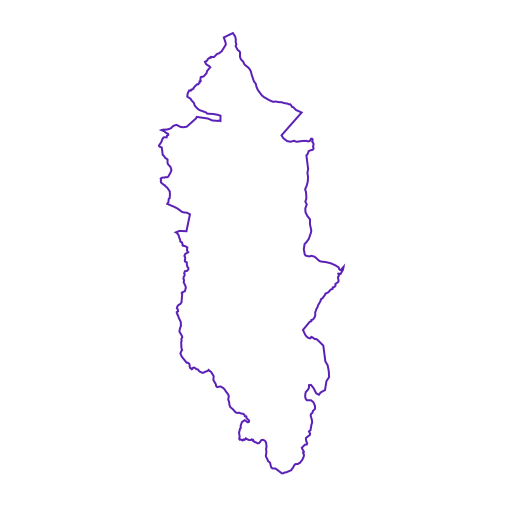 outline of Tatatila, Veracruz, Mexico, rotated 135°
{"feature_id": "50627088B81472042875612", "entity_name": "Tatatila", "entity_type": "district", "adm_level": 2, "iso_a3": "MEX", "parent_name": "Mexico", "parent_adm1": "Veracruz", "projection": "natural_earth1", "projection_center": [-97.084, 19.713], "detail": "fine", "context": "isolated", "style": "outline", "palette": "violet", "viewbox_px": 512, "rotation_deg": 135, "n_neighbors": 0, "source": "geoboundaries", "source_scale": "gbopen_adm2", "svg_char_len": 6129}
<svg xmlns="http://www.w3.org/2000/svg" viewBox="0 0 512 512"><g transform="rotate(135 256 256)"><path d="M201.8,186.4L206.0,186.1L206.4,186.6L206.4,188.0L205.6,189.5L206.4,193.0L208.2,197.8L210.9,202.3L213.4,205.4L214.7,207.5L215.0,213.5L215.5,214.9L216.8,217.1L218.4,217.8L219.3,219.0L220.6,221.2L220.4,222.7L217.4,227.0L213.2,230.1L210.7,230.1L206.5,230.8L200.6,233.7L199.0,234.8L195.3,240.4L191.9,243.7L191.4,248.0L190.1,251.9L187.5,254.8L183.7,256.5L182.6,259.6L179.9,260.9L177.7,263.2L175.4,266.0L174.0,268.5L170.4,269.9L166.7,272.1L163.2,275.2L161.0,278.3L157.6,280.7L149.2,291.5L147.8,291.5L144.6,292.9L142.3,292.0L141.1,291.2L139.8,291.0L138.7,292.0L138.3,293.1L136.5,294.1L135.8,295.0L135.4,297.1L134.6,297.4L133.4,298.7L133.5,299.5L134.1,300.0L136.5,299.3L138.1,300.1L138.9,301.7L141.8,304.5L146.6,308.1L147.6,310.5L150.9,312.5L152.7,315.1L153.4,319.9L152.6,323.3L122.3,325.2L124.5,331.0L124.4,334.7L125.1,335.8L124.6,337.7L124.5,339.0L125.4,339.9L126.0,341.5L127.9,344.1L129.3,346.9L130.3,347.7L133.1,351.6L134.8,352.8L136.3,356.4L138.0,362.6L138.3,365.5L137.3,372.1L136.1,375.2L134.4,377.9L134.0,380.9L130.9,387.2L129.3,389.8L128.4,392.3L128.2,394.8L128.7,398.8L128.5,400.4L127.6,402.6L127.7,404.3L127.4,406.4L126.3,408.4L123.2,411.3L123.0,413.3L123.3,414.4L122.0,418.8L120.3,419.5L119.0,421.7L117.0,423.6L115.6,425.8L114.7,430.0L124.2,433.3L126.7,428.3L127.9,426.8L135.6,425.0L139.3,425.6L140.5,426.4L145.1,426.4L147.2,428.8L148.0,428.2L148.8,429.0L151.0,429.3L152.3,428.7L154.8,429.4L155.6,426.9L155.4,425.4L154.8,423.5L154.9,421.8L159.7,421.4L161.9,420.2L166.1,420.0L167.4,420.7L167.9,421.4L168.7,421.5L170.6,420.1L171.4,418.8L172.4,419.4L173.2,418.4L174.2,418.6L174.8,418.3L175.5,418.3L176.0,419.0L178.9,419.2L181.5,418.9L182.1,418.5L184.2,419.4L184.6,418.9L185.3,419.1L186.2,420.3L188.8,419.5L190.2,418.7L191.9,417.2L191.1,413.4L191.5,412.0L191.7,408.1L193.0,405.6L193.2,401.7L192.8,399.2L189.9,393.0L189.8,391.1L185.7,386.5L183.1,382.7L181.9,380.3L185.7,376.6L186.5,378.0L187.2,378.2L191.1,382.8L192.8,387.2L199.5,396.2L201.3,395.7L213.5,396.4L216.1,398.2L218.0,400.4L219.5,404.9L221.0,405.8L222.8,406.5L225.6,406.5L227.3,407.1L229.4,408.3L232.6,411.2L233.8,411.8L232.7,409.1L232.5,406.7L231.8,404.6L232.1,403.9L232.6,403.6L233.9,404.0L235.3,403.1L237.1,405.0L237.8,405.2L239.7,404.8L242.4,403.5L246.2,402.8L246.8,402.4L246.9,401.5L245.9,399.4L250.5,393.4L250.3,392.3L250.8,389.8L250.3,386.8L252.8,384.3L253.4,382.8L253.4,380.0L253.8,378.7L255.1,376.5L257.6,375.4L261.4,374.3L262.4,374.2L263.4,374.7L264.2,375.7L265.3,376.2L266.2,377.2L267.6,378.0L268.7,378.1L269.6,376.6L270.4,376.3L271.2,375.1L270.9,371.6L270.5,370.5L270.7,370.0L270.5,366.9L271.3,362.7L273.5,360.2L276.2,357.9L277.3,358.1L279.8,356.1L281.9,355.6L279.0,348.4L277.9,344.9L277.1,339.4L276.1,337.7L274.3,335.6L273.2,332.2L287.7,322.7L292.3,327.8L296.0,329.4L295.6,327.6L296.1,325.3L297.1,323.7L298.2,321.1L299.3,319.7L298.7,318.0L299.3,317.2L299.6,316.0L300.4,315.5L300.4,314.7L299.7,314.0L299.1,313.0L298.5,310.6L300.8,308.9L301.3,306.6L304.5,307.5L306.6,306.7L307.0,305.3L307.9,304.2L309.7,303.0L310.1,302.2L309.4,300.5L311.1,298.6L312.1,297.1L312.2,295.6L313.3,294.4L315.1,294.2L317.1,295.5L319.0,294.6L319.3,293.5L320.4,292.7L322.0,292.3L323.4,291.2L324.0,289.7L325.7,288.6L327.1,284.7L328.0,283.2L331.2,281.4L333.8,282.5L334.7,282.4L334.8,281.5L341.5,275.9L343.3,275.6L345.9,276.2L347.6,275.8L348.9,275.0L349.0,273.7L350.2,272.0L351.7,272.4L352.4,271.6L352.7,270.1L353.2,269.8L353.5,268.2L354.2,267.3L355.7,262.8L358.3,259.8L361.4,258.3L363.6,256.7L364.8,252.2L365.5,250.7L367.3,250.2L368.8,248.4L369.7,248.1L373.7,243.8L374.8,241.7L376.2,241.5L378.3,240.6L379.7,237.3L380.5,229.5L379.7,228.8L379.4,227.2L380.0,225.8L381.1,224.8L381.8,223.3L381.4,222.5L381.6,221.4L380.9,221.1L380.0,221.6L378.7,221.0L378.2,219.4L378.2,218.1L377.3,216.8L377.6,214.5L376.6,211.4L375.5,210.5L374.5,210.4L371.2,208.8L370.1,209.0L369.8,205.5L370.9,200.9L373.8,198.5L375.1,193.7L376.1,192.4L376.2,190.8L373.4,188.9L372.6,186.2L372.5,184.0L373.1,181.3L373.4,178.5L374.3,176.1L377.1,174.2L378.2,171.9L380.2,169.3L381.0,167.4L380.7,163.8L381.0,159.9L380.2,158.2L378.8,157.2L378.0,155.3L376.8,153.7L376.4,152.1L377.2,150.6L376.3,149.4L377.4,147.9L377.2,146.3L377.3,144.4L378.5,143.7L379.4,144.2L380.1,147.9L383.3,148.5L386.8,146.9L388.5,145.1L389.4,145.2L393.0,143.0L395.3,139.8L397.1,138.7L397.3,137.4L396.5,137.1L395.9,135.1L395.2,135.3L394.4,135.0L394.4,134.3L393.2,133.9L392.2,134.3L391.6,132.0L390.8,130.5L389.5,129.4L388.7,129.4L388.1,128.2L388.8,127.9L388.9,127.3L388.5,126.8L388.5,125.2L388.0,124.7L387.2,122.2L385.9,121.5L382.2,122.0L381.0,121.0L380.5,119.6L380.4,118.3L380.8,117.0L383.1,114.0L385.8,112.0L386.7,110.6L388.9,108.7L390.2,107.9L390.9,106.8L391.8,103.8L392.5,102.8L392.5,101.8L392.2,100.7L392.4,99.6L393.9,97.3L394.8,95.3L394.5,94.1L392.5,91.9L391.4,84.2L390.5,83.1L389.0,82.8L387.7,81.7L382.5,79.6L380.8,80.1L379.5,80.1L377.4,80.9L375.3,81.0L373.3,79.2L371.8,79.1L371.4,78.7L367.5,79.1L364.3,80.3L362.6,81.5L362.1,83.2L361.8,83.6L360.8,83.5L360.4,84.0L360.2,85.4L359.2,88.0L354.9,88.0L353.4,86.8L352.4,87.2L350.9,90.4L349.4,92.0L344.4,91.4L343.4,92.0L342.6,94.5L340.6,94.3L336.3,97.4L334.1,98.5L332.5,100.4L330.3,104.4L328.9,105.4L327.0,105.2L325.2,106.2L323.2,106.1L322.1,106.4L320.2,108.4L318.8,112.1L319.1,115.1L322.0,118.0L321.8,120.0L320.5,122.0L318.7,123.5L317.0,124.6L313.9,124.7L311.8,125.3L309.8,127.2L308.3,126.0L308.7,122.0L310.5,116.4L309.7,113.4L306.7,113.8L302.0,112.4L294.7,117.7L289.9,118.7L285.9,123.2L282.6,128.1L281.5,132.4L271.8,145.0L271.8,152.4L272.0,154.5L273.2,155.8L273.6,158.6L274.1,159.7L274.9,159.3L276.0,159.5L276.9,161.2L277.2,163.2L276.9,165.4L275.1,170.5L264.6,171.5L263.0,170.8L262.2,171.6L260.5,170.8L258.2,171.1L256.1,172.1L254.1,174.2L250.3,176.0L248.9,176.2L247.2,177.2L242.3,178.5L240.8,179.5L238.7,179.1L234.3,179.8L233.5,180.3L230.6,179.2L226.9,179.4L225.0,178.6L224.0,179.5L222.4,178.7L220.8,178.8L219.6,180.1L216.2,179.5L214.9,180.3L213.1,183.1L212.1,183.2L211.2,183.6L210.3,185.3L209.8,185.0L209.5,184.0L209.0,183.5L204.2,184.8L201.8,186.4Z" fill="none" stroke="#5b21b6" stroke-width="2"/></g></svg>